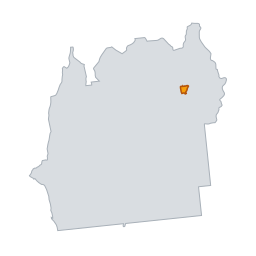 location of Dar As Salam, North Darfur, Sudan, rotated 174°
{"feature_id": "16777658B35355118744985", "entity_name": "Dar As Salam", "entity_type": "district", "adm_level": 2, "iso_a3": "SDN", "parent_name": "Sudan", "parent_adm1": "North Darfur", "projection": "natural_earth1", "projection_center": [25.233, 13.229], "detail": "fine", "context": "in_parent", "style": "filled", "palette": "amber", "viewbox_px": 256, "rotation_deg": 174, "n_neighbors": 0, "source": "geoboundaries", "source_scale": "gbopen_adm2", "svg_char_len": 4437}
<svg xmlns="http://www.w3.org/2000/svg" viewBox="0 0 256 256"><g transform="rotate(174 128 128)"><path d="M176.7,214.3L174.4,214.3L174.1,213.6L174.1,211.9L174.4,210.6L175.2,208.5L175.0,207.4L175.1,205.7L174.5,203.9L168.9,198.6L167.8,197.1L164.8,195.7L165.3,194.2L164.0,183.3L164.6,182.1L164.8,180.2L164.7,178.5L165.4,175.7L165.5,174.5L159.6,174.5L159.5,175.7L159.8,177.0L159.8,177.5L151.6,177.6L154.9,181.8L155.1,183.7L154.9,186.1L155.0,187.6L155.2,188.5L156.1,190.4L156.0,190.8L155.8,191.3L150.0,197.0L149.0,199.6L148.3,201.0L146.6,203.3L141.3,209.4L140.4,209.8L136.4,210.0L136.0,210.2L135.7,210.4L132.0,206.8L126.1,202.5L122.3,204.7L121.2,205.6L121.2,207.6L120.6,208.7L119.6,209.8L116.7,210.6L115.3,211.2L113.5,212.3L111.8,214.3L111.6,215.3L111.8,216.2L102.0,216.2L101.3,215.5L99.9,212.2L98.9,212.4L89.9,212.1L88.6,212.4L86.0,213.7L84.7,213.9L83.4,213.3L78.7,207.0L77.7,206.2L76.6,204.7L75.6,204.1L75.2,203.6L75.1,202.9L75.2,201.5L74.8,200.6L74.1,200.4L67.7,201.9L66.8,201.7L65.5,202.0L65.0,202.3L64.5,203.1L64.4,204.8L64.2,205.7L63.8,206.7L61.9,208.8L61.5,209.7L61.6,212.1L61.5,213.3L61.2,213.9L60.4,214.8L60.2,215.3L59.8,218.3L58.8,220.2L58.6,220.8L58.6,222.1L58.4,222.5L55.5,223.6L54.4,224.3L53.8,225.3L53.6,225.7L52.4,225.4L50.8,225.1L47.8,224.8L46.6,224.3L46.1,223.6L46.2,221.7L46.0,221.3L45.5,221.0L45.1,220.2L45.2,219.3L46.8,217.1L47.1,216.0L47.6,210.7L47.4,209.1L46.2,206.1L43.3,200.9L42.6,199.9L39.0,195.7L38.6,195.0L37.7,193.2L38.7,189.3L38.8,188.2L38.5,187.1L37.6,186.3L36.8,186.2L35.7,185.1L35.0,184.6L34.4,183.7L34.0,182.4L34.3,177.8L34.1,177.2L33.2,177.0L33.0,176.7L33.0,175.8L32.5,173.2L32.0,171.0L32.3,169.8L31.5,168.1L30.0,167.4L27.2,168.0L26.3,167.9L25.7,167.6L25.2,167.0L25.0,166.3L25.2,165.2L26.0,163.2L27.1,161.6L29.1,160.1L29.7,159.4L30.0,158.5L30.1,157.5L29.9,156.4L29.7,155.5L29.1,154.2L28.5,152.7L28.5,151.7L28.8,151.0L29.4,150.1L31.4,148.4L33.5,147.0L33.9,146.5L33.8,145.9L32.8,144.7L32.5,142.5L32.0,140.9L33.0,139.7L33.8,139.3L35.0,138.9L35.5,138.4L35.7,137.4L35.6,136.5L36.1,135.9L36.7,134.4L37.2,133.7L38.8,132.0L39.1,130.9L39.2,129.9L38.8,126.7L39.7,125.4L40.9,124.2L42.6,124.3L45.3,124.1L47.1,123.6L48.3,123.6L51.3,124.2L51.6,124.0L51.7,123.1L51.8,62.2L63.8,62.2L64.0,62.1L64.0,33.3L139.8,33.3L140.4,33.2L141.5,30.5L142.0,30.3L142.8,30.4L143.1,31.1L142.5,33.3L208.6,33.3L208.8,36.5L209.4,39.2L211.4,43.0L213.0,45.0L213.6,46.1L213.6,46.6L213.6,47.1L213.1,46.6L212.3,46.2L212.2,47.9L212.6,51.6L213.4,54.1L212.9,56.4L213.1,60.4L214.0,65.2L213.9,68.2L215.4,75.3L216.8,79.2L217.6,80.2L218.4,80.7L220.0,81.0L222.4,83.0L224.3,85.1L225.0,86.2L225.9,87.5L226.5,87.2L226.9,86.9L227.5,87.9L230.5,90.0L231.0,91.0L229.9,91.9L228.7,93.6L228.2,95.1L227.9,95.6L226.9,96.6L226.7,97.1L226.3,97.4L225.9,97.4L224.9,97.9L224.0,97.7L223.0,98.0L222.7,98.4L222.0,98.7L221.0,98.9L219.5,100.2L218.1,100.8L217.7,101.3L217.0,103.9L216.5,104.6L214.6,104.7L213.6,104.9L212.3,104.6L211.6,104.7L211.4,105.2L211.2,107.4L211.3,108.4L210.2,110.9L210.6,115.7L209.6,119.2L209.4,120.0L208.4,122.9L207.9,123.9L206.5,129.2L206.0,130.8L204.9,132.5L206.2,145.1L205.3,149.0L205.4,151.1L204.7,154.2L204.2,155.7L203.3,157.4L202.6,159.3L202.0,161.9L201.6,166.8L201.4,167.2L197.8,167.8L196.7,168.1L196.0,168.7L195.1,169.9L193.3,173.3L192.4,175.4L190.9,178.3L189.2,180.3L188.8,181.3L188.6,183.1L188.0,186.0L187.4,188.1L187.5,189.8L187.0,192.6L187.1,194.0L186.5,194.8L185.7,195.6L185.1,195.7L182.6,193.8L180.9,195.1L179.8,197.0L179.0,198.9L179.5,202.9L179.5,203.7L179.2,204.7L177.6,208.6L177.2,210.4L176.7,213.5L176.7,214.3Z" fill="#d9dde1" stroke="#a8b0b8" stroke-width="1"/><path d="M66.4,156.3L66.4,156.5L66.6,156.9L66.9,157.2L66.9,157.4L66.8,157.7L66.4,158.3L65.8,158.8L65.6,159.1L65.5,159.6L65.3,159.9L65.3,160.0L65.1,160.3L65.0,160.6L65.0,161.0L64.8,161.3L64.5,161.7L64.2,162.1L64.1,162.4L64.0,162.7L63.8,162.9L63.7,163.0L63.5,163.3L63.6,163.5L63.8,163.7L64.0,163.9L64.3,164.0L64.5,164.0L64.9,164.0L65.0,164.0L65.3,164.0L65.6,164.0L65.6,163.9L65.8,163.9L66.0,163.8L66.1,163.7L66.3,163.7L66.5,163.6L67.2,163.6L67.5,163.9L67.8,163.8L67.9,163.7L68.1,163.8L68.3,163.8L68.4,163.7L68.5,163.7L68.9,163.6L69.0,163.7L69.3,163.7L69.5,163.7L69.8,163.7L69.8,163.8L69.9,163.7L70.0,163.7L70.3,163.7L70.4,163.8L70.5,163.8L70.8,163.9L71.0,163.9L71.4,163.7L71.5,163.6L71.5,163.4L71.6,162.4L71.3,158.3L70.8,156.7L70.1,156.8L68.8,157.0L68.1,156.8L67.9,156.5L67.7,156.0L67.5,155.9L67.2,155.9L66.4,156.3Z" fill="#f59e0b" stroke="#b45309" stroke-width="1.5"/></g></svg>